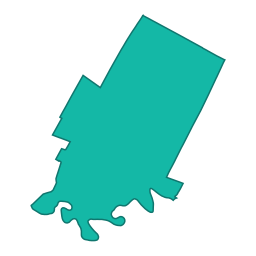 the district of Ion Roata, Ialomita, Romania
{"feature_id": "2599482B97439944299156", "entity_name": "Ion Roata", "entity_type": "district", "adm_level": 2, "iso_a3": "ROU", "parent_name": "Romania", "parent_adm1": "Ialomita", "projection": "orthographic", "projection_center": [26.762, 44.681], "detail": "fine", "context": "isolated", "style": "filled", "palette": "teal", "viewbox_px": 256, "rotation_deg": 0, "n_neighbors": 0, "source": "geoboundaries", "source_scale": "gbopen_adm2", "svg_char_len": 5360}
<svg xmlns="http://www.w3.org/2000/svg" viewBox="0 0 256 256"><path d="M173.2,200.3L173.6,199.8L175.0,198.6L176.6,198.0L174.8,196.8L175.5,195.7L176.0,195.5L176.8,194.8L177.8,193.3L177.8,192.8L178.3,192.1L178.6,191.8L179.3,190.6L180.3,188.9L183.1,183.4L182.1,183.0L178.9,181.8L176.9,181.1L175.0,180.4L171.9,179.3L168.3,178.0L166.5,177.3L168.7,172.5L170.3,169.4L171.5,167.2L173.3,163.8L175.1,160.3L175.1,160.2L181.3,147.8L183.3,144.1L191.6,127.8L191.6,127.7L200.2,111.5L200.3,111.4L208.4,94.7L216.4,77.6L216.5,77.5L220.6,68.7L223.2,63.0L224.7,60.0L224.8,59.9L222.9,59.0L221.0,58.0L220.2,57.6L216.8,55.9L212.3,53.4L210.8,52.6L209.6,51.9L208.1,51.1L206.8,50.3L205.3,49.5L202.8,48.2L202.5,47.8L190.4,41.2L179.3,35.1L179.1,35.0L161.3,25.4L143.1,15.6L143.1,15.4L142.8,15.5L142.3,16.5L140.0,20.1L137.5,23.7L135.8,26.4L134.2,28.8L132.7,31.0L131.5,32.8L128.1,38.2L125.9,41.8L125.1,43.2L123.4,46.1L121.1,49.9L112.8,64.6L110.0,69.6L107.8,73.7L104.0,80.7L100.9,86.5L100.3,87.6L83.1,75.4L71.3,96.4L66.0,106.2L62.9,111.7L59.9,117.2L59.9,117.3L61.8,118.3L52.6,134.8L52.5,135.0L59.3,137.6L60.8,138.1L62.1,138.6L66.1,140.1L70.2,141.7L68.2,145.4L67.0,147.5L66.0,149.1L65.8,149.5L65.0,149.8L61.6,148.7L61.1,149.6L55.8,159.3L58.8,161.1L59.1,160.6L60.0,161.2L61.0,162.0L61.1,162.4L60.9,163.1L60.7,163.8L60.6,164.2L60.3,164.9L60.0,166.0L57.9,172.6L57.0,175.3L56.1,178.3L56.0,178.8L56.1,180.2L56.4,182.3L56.5,182.7L56.4,183.0L56.0,183.9L55.6,184.8L53.6,189.0L53.5,189.5L53.1,190.0L51.9,191.1L51.6,191.4L51.2,191.7L47.2,192.8L43.8,193.9L43.2,194.1L32.7,204.2L31.2,205.4L31.3,206.0L32.4,208.4L33.1,209.2L37.4,211.8L39.1,212.9L41.2,214.0L42.2,214.2L43.2,214.3L44.1,214.4L44.9,214.5L45.6,214.4L46.1,214.5L46.7,214.4L47.3,214.4L47.9,214.3L49.2,213.9L49.8,213.7L50.3,213.6L50.8,213.6L51.3,213.5L52.1,213.3L52.5,213.0L53.2,212.5L53.5,212.1L54.0,211.5L54.1,210.9L54.4,209.7L54.4,209.2L54.4,208.6L54.5,208.0L54.6,207.8L54.9,207.4L55.1,207.1L55.3,206.9L55.8,206.5L56.2,206.3L56.8,205.7L57.1,205.3L57.4,204.9L57.7,204.1L57.9,203.5L58.1,202.8L58.3,202.5L58.6,202.1L58.9,201.8L59.2,201.6L59.5,201.4L59.8,201.3L60.6,201.2L61.2,201.2L62.2,201.3L63.4,201.4L64.7,201.5L65.8,201.7L66.7,201.9L67.6,202.1L68.2,202.3L68.9,202.8L69.6,203.3L70.1,203.8L71.3,205.0L71.7,205.7L71.9,206.4L72.0,207.0L72.0,207.5L71.9,208.1L71.7,208.9L71.6,209.3L71.3,209.5L70.9,209.8L70.6,210.0L70.2,210.1L69.6,210.2L69.2,210.2L68.8,210.1L68.6,210.1L68.1,209.9L67.6,209.7L67.1,209.5L66.2,208.8L65.7,208.6L64.9,208.2L64.1,207.9L63.3,207.8L63.1,207.8L62.8,207.8L62.3,208.1L61.9,208.4L61.6,208.7L61.4,209.2L61.2,209.8L61.2,210.4L61.4,212.5L61.6,214.2L61.9,216.5L62.3,218.5L62.6,219.3L62.9,220.0L63.2,220.6L63.7,221.2L64.2,221.8L64.6,222.2L65.1,222.5L66.0,222.8L66.9,222.9L67.4,222.9L68.2,222.6L68.6,222.5L69.0,222.3L69.3,222.1L69.6,221.8L70.0,221.4L70.8,220.5L71.3,220.1L72.4,219.3L72.9,219.0L73.2,218.9L73.7,218.8L74.2,218.7L74.6,218.7L74.9,218.8L75.3,218.9L75.6,219.0L76.3,219.4L76.4,219.5L77.2,220.9L77.5,221.6L78.1,223.2L78.3,224.0L79.3,225.5L79.6,226.1L79.9,226.6L80.3,227.2L80.7,228.1L80.9,228.4L81.0,228.8L81.1,229.3L81.1,229.8L81.2,230.1L81.3,230.4L81.4,230.7L81.4,234.9L81.5,235.8L81.5,236.0L81.7,236.3L81.9,236.9L82.3,237.5L82.8,238.1L83.4,238.6L83.9,239.0L84.5,239.3L85.1,239.5L87.9,240.0L89.4,240.4L90.6,240.5L91.6,240.6L92.4,240.6L93.8,240.6L95.1,240.5L95.6,240.4L96.7,240.1L97.2,239.9L97.8,239.3L98.2,238.5L98.4,237.8L98.5,237.2L98.5,236.7L98.4,236.3L98.0,235.3L97.6,234.4L97.3,234.1L97.0,233.7L96.0,232.8L94.1,230.9L92.0,228.5L90.2,226.2L89.2,224.7L88.7,223.8L88.4,223.2L88.2,222.7L88.0,221.7L88.0,221.2L88.1,220.9L88.3,220.6L89.2,219.8L89.8,219.4L90.4,219.2L91.1,219.1L92.6,219.3L93.3,219.4L95.0,219.4L97.2,219.3L99.8,219.4L101.9,219.4L105.5,220.0L106.8,220.3L108.1,220.7L108.8,221.0L110.5,221.9L112.0,222.9L113.3,223.8L113.9,224.2L114.7,224.5L115.5,224.8L116.0,225.0L117.8,225.4L120.8,225.6L121.2,225.5L121.7,225.3L122.2,225.0L122.8,224.6L123.3,224.2L123.8,223.5L124.2,223.0L124.4,222.6L124.5,222.3L124.8,221.5L124.8,221.1L124.8,220.5L124.8,220.0L124.7,219.6L124.4,219.0L124.3,218.6L123.5,217.7L122.7,217.1L122.3,216.9L121.6,216.7L120.9,216.6L120.0,216.7L119.0,217.2L117.9,217.8L116.4,218.5L115.3,218.6L114.8,218.6L113.5,218.0L112.8,217.6L112.3,216.8L111.8,216.1L111.6,215.5L111.3,214.8L111.3,214.2L111.4,213.3L111.7,212.5L112.0,211.8L112.3,211.3L113.9,210.0L114.3,209.4L114.7,208.8L115.1,208.1L115.9,207.2L116.9,206.4L117.4,206.1L118.5,205.6L119.1,205.4L119.8,205.3L120.6,205.3L121.3,205.4L122.5,205.7L123.4,205.8L124.4,205.8L125.3,205.7L126.0,205.4L127.1,204.7L127.9,204.1L128.5,203.6L130.2,201.8L131.5,200.6L132.3,199.9L133.0,199.4L133.6,199.1L134.2,198.9L134.5,198.8L134.9,198.8L135.1,198.9L136.3,199.4L137.0,199.8L137.7,200.4L138.5,201.5L139.1,202.2L141.2,204.8L142.5,206.1L144.5,208.1L145.2,208.8L146.0,209.4L148.1,211.0L149.0,211.5L149.7,211.9L150.3,212.2L151.4,212.3L152.2,212.2L152.5,212.1L152.8,211.8L152.9,211.7L153.1,211.0L153.2,209.1L153.2,208.4L153.4,204.0L153.3,202.9L153.1,202.0L152.8,200.7L152.2,198.5L151.9,197.5L151.4,196.3L150.4,193.6L150.1,192.7L150.0,192.0L149.9,191.0L149.9,189.9L150.0,189.2L150.1,188.9L150.3,188.7L150.7,188.4L150.9,188.4L151.3,188.5L151.8,188.7L152.5,189.1L154.5,190.6L155.8,191.7L159.1,194.2L161.9,196.0L163.2,196.5L164.5,197.1L165.3,197.4L166.8,197.7L168.0,197.8L169.0,197.9L170.6,198.5L172.0,199.3L173.2,200.3Z" fill="#14b8a6" stroke="#0f766e" stroke-width="1.5"/></svg>